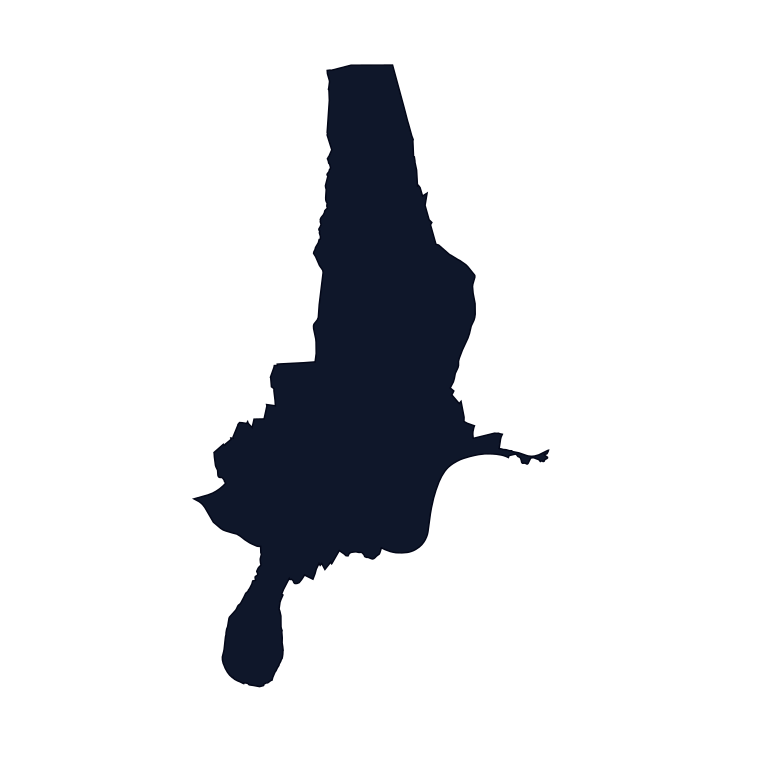 the district of Zutphen, Gelderland, Netherlands, rotated 278°
{"feature_id": "6326949B28786285357983", "entity_name": "Zutphen", "entity_type": "district", "adm_level": 2, "iso_a3": "NLD", "parent_name": "Netherlands", "parent_adm1": "Gelderland", "projection": "equal_earth", "projection_center": [6.221, 52.129], "detail": "fine", "context": "isolated", "style": "filled", "palette": "ink", "viewbox_px": 768, "rotation_deg": 278, "n_neighbors": 0, "source": "geoboundaries", "source_scale": "gbopen_adm2", "svg_char_len": 6091}
<svg xmlns="http://www.w3.org/2000/svg" viewBox="0 0 768 768"><g transform="rotate(278 384 384)"><path d="M328.5,517.4L330.5,517.8L332.1,521.9L332.9,524.1L332.8,524.4L332.3,525.3L330.9,526.6L330.3,528.7L329.6,529.5L327.7,530.5L325.7,531.2L325.1,531.7L324.8,532.3L325.2,534.2L325.2,534.8L324.6,536.8L324.8,537.2L325.4,537.7L330.6,539.4L331.1,539.8L331.5,540.8L331.8,542.1L331.7,543.1L331.1,545.5L330.7,547.8L329.0,549.6L329.1,549.9L330.1,551.1L329.4,552.1L329.4,552.6L329.8,553.3L331.7,553.9L332.6,555.4L333.5,556.2L334.2,556.1L335.7,553.2L336.3,552.6L336.7,552.8L337.2,554.4L337.7,555.1L340.0,555.9L341.3,556.1L341.2,555.8L340.6,554.8L335.4,547.2L333.6,543.1L332.9,540.1L332.8,537.0L333.0,535.3L334.6,527.1L335.0,520.3L335.7,519.8L335.4,517.5L335.9,514.4L335.9,513.3L335.7,510.8L335.8,510.8L336.0,509.6L336.1,507.0L345.8,507.1L348.1,507.4L350.7,508.2L350.8,507.6L350.6,507.4L351.2,503.8L350.9,503.4L350.7,500.3L342.6,480.0L342.9,479.8L346.8,478.9L349.2,478.7L353.4,479.0L355.2,479.4L355.5,477.7L356.7,471.9L358.0,468.4L362.3,467.9L377.5,462.7L375.1,461.2L382.0,453.4L382.4,452.6L386.8,454.1L389.3,450.1L395.8,452.4L399.4,452.9L404.3,453.1L410.6,455.0L412.8,455.2L417.0,454.6L420.2,455.0L428.6,456.9L441.1,460.7L445.9,461.6L453.6,462.3L459.7,464.2L462.5,464.6L465.9,464.6L476.3,463.0L486.3,459.6L492.9,458.1L495.3,458.1L502.3,459.1L503.8,458.9L504.4,458.6L511.8,450.7L513.4,448.6L516.8,442.0L517.5,439.9L521.0,431.9L521.1,431.2L529.2,418.8L529.6,416.0L548.1,407.9L550.6,408.9L552.9,405.8L566.6,399.8L579.0,400.1L575.5,396.0L583.5,392.4L585.5,390.4L584.8,389.6L600.4,386.5L608.4,383.6L608.8,383.7L613.2,382.4L613.2,381.9L613.4,381.6L628.5,378.8L629.5,378.8L630.1,378.9L633.5,377.0L644.8,372.1L647.6,370.8L660.6,365.4L701.0,348.1L695.1,307.0L687.2,287.8L687.4,287.1L686.6,284.1L683.4,284.8L676.9,287.7L675.7,288.0L669.1,288.1L668.2,287.9L667.8,288.4L665.6,288.9L657.2,290.4L625.1,292.7L624.1,293.2L622.7,293.0L608.6,299.7L601.8,297.8L601.4,297.5L599.1,296.6L598.4,297.2L597.9,297.3L597.4,297.7L595.0,298.5L594.3,299.4L592.5,300.3L590.5,301.0L589.6,300.7L588.5,300.1L586.8,300.0L584.3,298.6L583.6,298.4L582.5,298.9L582.0,299.7L581.7,299.8L581.1,299.4L579.6,299.2L572.2,298.4L570.7,298.8L568.5,299.7L560.5,300.3L558.2,300.7L556.4,301.5L555.6,302.3L555.2,302.5L552.2,302.6L550.2,303.5L548.5,302.0L547.1,301.2L545.6,301.2L543.1,300.4L540.2,298.6L538.5,298.1L537.7,298.0L536.9,298.4L535.8,298.3L533.2,299.5L530.5,298.8L528.7,298.0L528.0,298.0L527.5,298.1L526.6,299.0L524.6,299.0L521.3,300.5L518.8,300.8L518.5,300.7L518.1,299.7L514.7,299.3L509.7,297.2L507.6,297.0L504.9,296.1L503.5,296.1L500.7,298.5L492.4,303.6L488.4,307.3L487.6,307.7L485.8,308.2L453.6,308.8L440.8,309.7L438.1,309.0L433.9,306.5L433.0,306.2L431.7,306.1L429.0,306.6L419.0,310.2L415.9,310.9L404.8,312.6L396.3,312.7L393.8,301.1L389.6,279.3L388.8,275.5L387.5,275.8L387.0,272.8L385.0,272.7L374.8,270.6L374.2,271.0L365.6,272.9L364.5,275.0L364.1,275.6L363.8,275.7L361.7,276.0L352.6,278.4L347.3,279.5L347.3,270.6L345.9,271.1L332.7,270.1L331.1,260.2L327.2,259.9L322.5,259.4L325.7,255.5L326.6,254.7L327.7,254.2L326.8,253.8L326.2,254.0L325.8,253.7L325.9,248.7L325.7,246.3L323.6,245.0L323.0,245.4L322.7,245.0L310.5,241.9L309.3,242.2L309.2,239.8L307.9,240.3L302.1,235.0L301.5,235.1L300.9,234.0L301.9,233.3L292.5,225.2L291.5,225.5L288.1,226.2L280.1,228.4L278.6,229.1L275.5,231.2L270.7,232.2L269.9,232.5L269.0,233.2L268.7,233.9L268.6,234.7L268.9,236.1L268.4,237.3L266.2,239.5L265.8,239.3L263.7,241.0L260.8,238.9L257.4,235.9L254.5,232.7L252.1,229.5L249.6,225.0L243.8,211.8L241.8,217.3L240.6,219.4L239.5,221.0L236.9,223.7L223.4,234.3L218.3,242.4L217.1,245.0L216.5,247.6L215.4,254.8L214.9,259.2L213.3,262.9L210.4,267.9L208.0,273.1L207.2,275.5L205.8,280.5L205.7,281.6L205.8,283.2L206.1,284.4L199.8,285.5L198.4,286.3L193.7,285.8L192.7,285.9L189.7,286.6L188.1,287.3L187.7,287.3L186.8,286.9L185.8,286.0L184.1,285.0L181.1,284.1L180.5,284.1L179.1,285.1L177.8,285.5L176.8,285.0L175.5,283.4L175.2,283.3L174.3,283.3L171.8,284.1L171.4,283.6L171.1,282.4L170.7,281.4L167.5,281.0L162.8,279.4L161.0,278.4L159.7,278.1L157.5,276.2L153.3,274.9L147.5,272.8L145.9,271.9L144.8,270.7L143.7,270.1L141.0,269.3L139.5,268.7L131.6,263.4L130.3,263.1L121.9,262.9L119.4,262.3L115.8,262.2L113.9,262.4L111.5,262.2L99.0,262.6L96.9,262.5L91.2,261.9L88.3,262.4L85.1,263.6L83.6,264.5L80.3,266.4L76.8,269.1L74.3,271.6L72.1,274.8L72.5,275.3L72.2,275.7L71.6,275.9L70.8,277.2L69.7,280.2L69.0,283.0L67.8,286.5L67.8,286.9L68.5,287.1L68.7,287.4L68.6,290.7L68.4,291.0L67.6,291.8L67.3,292.8L67.3,296.8L67.0,302.9L68.5,306.5L68.9,306.8L69.7,306.6L70.6,307.6L71.6,309.0L71.7,309.9L72.1,310.7L74.6,313.2L75.1,314.3L78.1,314.7L83.4,316.1L85.1,317.0L87.8,317.8L90.7,319.1L92.0,319.2L94.9,320.3L96.9,320.7L98.1,321.3L100.1,321.4L102.4,321.4L105.4,321.1L106.1,321.2L109.7,320.3L113.7,319.1L118.3,318.6L124.3,317.3L125.6,317.4L127.7,316.3L129.3,315.8L139.9,314.2L144.5,312.5L146.6,311.4L153.4,311.4L156.0,311.9L161.0,313.3L161.8,311.9L166.6,313.1L178.3,317.2L177.4,317.8L177.4,318.7L177.8,319.7L177.1,320.6L176.7,321.4L175.5,321.9L174.5,322.7L174.1,323.3L174.1,324.5L174.5,325.9L175.5,327.6L178.8,329.6L183.9,332.0L183.2,333.5L180.8,340.8L186.5,342.1L191.3,342.7L197.3,344.6L195.5,346.0L197.6,347.3L192.1,351.3L200.2,356.0L198.6,357.1L198.8,357.3L212.8,362.9L210.2,368.1L208.7,370.2L208.8,372.3L211.4,373.2L212.6,374.7L213.3,377.0L213.9,379.5L213.7,382.7L214.1,384.6L213.9,385.9L211.9,388.1L210.6,388.8L210.3,389.2L209.9,390.8L210.1,392.4L209.4,395.1L209.1,396.8L209.6,398.1L210.7,399.2L212.5,400.5L215.0,403.0L216.4,403.4L221.4,404.2L220.2,408.0L219.0,413.4L218.7,416.4L218.6,419.4L219.3,425.3L220.4,430.3L221.0,432.1L222.0,434.3L223.1,436.3L224.6,438.4L227.5,441.6L230.2,443.8L233.0,445.4L235.5,446.5L238.5,447.4L241.0,447.9L243.7,448.1L262.0,448.0L268.0,448.2L278.0,449.0L286.1,450.2L294.9,452.1L300.6,453.9L305.8,456.2L308.5,457.8L310.6,459.3L312.8,461.3L314.9,463.5L317.6,466.9L319.9,470.3L321.5,473.3L324.1,479.0L325.9,483.6L327.3,487.6L328.8,493.3L329.1,495.0L329.8,500.6L330.1,505.1L330.0,510.0L329.8,512.1L329.2,515.1L328.5,517.4Z" fill="#0f172a" stroke="#020617" stroke-width="1.5"/></g></svg>